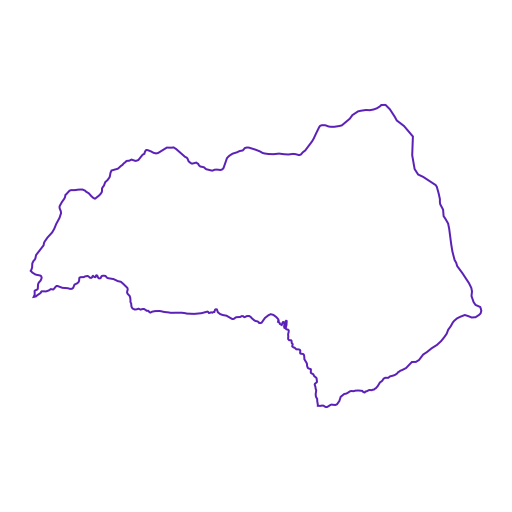 San Pablo, Nariño, Colombia
{"feature_id": "7082276B83182105185370", "entity_name": "San Pablo", "entity_type": "district", "adm_level": 2, "iso_a3": "COL", "parent_name": "Colombia", "parent_adm1": "Nariño", "projection": "robinson", "projection_center": [-77.0, 1.679], "detail": "fine", "context": "isolated", "style": "outline", "palette": "violet", "viewbox_px": 512, "rotation_deg": 0, "n_neighbors": 0, "source": "geoboundaries", "source_scale": "gbopen_adm2", "svg_char_len": 6025}
<svg xmlns="http://www.w3.org/2000/svg" viewBox="0 0 512 512"><path d="M145.7,150.5L144.8,152.1L144.4,153.8L143.3,154.3L142.3,155.1L138.4,160.0L136.6,160.7L135.4,160.9L131.5,159.6L129.3,160.7L126.8,160.9L126.0,161.4L125.7,161.9L123.6,163.5L122.4,165.0L121.2,165.7L117.9,168.7L111.5,170.5L110.5,172.8L109.8,176.6L109.2,177.8L107.5,180.1L105.2,182.2L104.0,185.5L102.5,187.5L102.0,188.6L102.0,191.0L101.7,192.3L100.6,193.9L99.2,195.4L95.2,198.6L94.6,198.6L92.9,197.6L91.1,195.9L88.8,193.3L86.1,191.7L85.0,190.6L82.4,189.5L78.5,189.6L75.1,190.1L71.2,190.1L69.5,190.7L66.3,194.2L65.5,194.8L64.9,197.5L64.2,198.8L62.0,201.9L59.8,205.8L59.5,207.0L59.7,208.5L60.7,210.9L61.0,212.5L61.0,213.3L59.5,217.9L56.3,223.8L54.2,228.9L52.1,232.5L47.6,237.4L44.7,241.5L44.0,243.0L43.6,245.3L36.1,255.0L35.3,258.6L34.8,259.5L33.4,261.1L32.3,263.4L32.1,267.5L31.4,269.7L30.7,270.9L32.4,272.6L35.1,274.3L36.1,274.7L40.1,275.5L40.8,275.8L41.3,276.6L41.6,277.4L41.5,278.5L40.6,280.6L39.2,282.1L38.4,283.3L38.0,284.8L37.8,288.8L36.8,289.8L35.3,290.3L34.6,291.1L34.7,294.6L33.7,296.9L35.8,296.5L37.2,295.3L40.0,293.4L40.9,292.6L41.2,291.7L41.8,291.3L46.1,291.4L48.9,290.4L50.8,289.1L53.1,289.5L54.2,288.6L55.4,287.0L56.5,286.0L57.5,286.0L62.3,287.8L67.7,288.2L70.2,288.9L71.9,288.8L73.2,287.8L74.5,284.6L77.4,283.2L78.6,282.0L79.1,280.7L79.3,278.2L79.5,277.7L80.5,277.2L83.8,277.1L85.1,276.4L87.6,276.0L88.6,276.5L90.1,277.8L91.1,277.9L92.1,277.3L92.7,276.0L93.0,275.9L94.4,277.0L95.2,277.2L95.5,277.0L96.1,275.5L96.7,275.3L97.3,275.7L97.9,277.3L98.7,278.2L99.2,278.4L100.1,278.3L100.8,277.9L101.2,276.8L101.7,276.1L102.7,275.8L103.9,275.7L105.5,276.0L106.8,277.5L107.7,278.1L113.6,279.1L118.0,281.2L120.2,281.6L121.0,281.9L123.0,283.6L127.1,287.6L127.5,288.2L127.7,289.8L127.2,291.2L127.1,292.7L127.7,293.9L129.6,295.9L130.2,297.6L130.5,300.3L130.4,301.8L131.2,303.7L131.4,306.4L132.0,307.7L132.9,308.7L134.7,309.5L136.3,309.4L138.6,308.7L140.5,309.6L142.7,309.0L144.0,309.0L145.4,309.8L146.7,310.8L148.3,310.8L149.5,312.2L150.2,312.5L150.6,312.5L152.1,311.7L155.1,311.1L159.3,311.0L160.9,311.2L164.4,312.0L168.4,312.4L170.5,312.8L181.5,312.7L184.8,313.1L186.9,313.6L194.3,313.9L201.4,313.2L207.4,311.6L208.1,311.9L208.9,313.0L209.7,312.9L211.1,312.3L212.4,312.7L213.5,312.0L214.3,312.0L215.1,309.7L215.5,309.4L216.3,309.3L216.8,309.4L217.0,309.8L217.9,312.3L220.2,314.1L222.7,315.0L226.5,315.7L232.2,319.0L233.8,318.9L235.6,317.5L236.4,317.2L240.1,317.0L241.8,316.1L243.1,316.2L244.2,317.1L244.6,317.1L245.5,316.8L246.7,316.1L249.1,316.0L250.5,316.8L252.0,318.4L254.1,320.2L255.5,321.0L257.5,321.4L258.6,322.1L259.0,322.9L260.2,323.1L261.6,322.7L265.0,317.9L268.5,315.2L270.7,314.2L273.4,314.9L276.2,317.0L277.8,318.7L278.4,319.6L278.1,321.4L278.7,321.2L278.8,322.3L279.7,323.1L279.8,323.9L281.7,325.0L282.5,322.8L282.9,322.1L283.3,322.0L283.8,322.6L284.4,323.7L284.1,326.9L284.5,327.9L284.9,327.8L285.3,326.5L285.3,323.0L285.5,321.4L286.1,320.8L286.7,321.1L286.5,324.7L285.7,328.3L285.8,328.7L286.4,329.3L287.9,329.6L288.7,330.4L288.7,331.6L288.1,334.4L288.3,336.4L288.1,338.2L288.3,339.3L289.2,340.2L291.1,340.3L291.5,340.8L291.8,343.2L292.6,344.0L292.7,344.4L292.2,346.2L292.4,346.6L293.7,347.5L294.5,347.6L296.3,349.3L298.8,349.4L299.8,349.8L300.3,350.6L300.1,353.0L300.5,353.6L303.0,354.0L303.8,354.6L304.2,356.0L304.4,359.3L306.6,362.9L307.0,364.1L307.1,366.0L307.8,367.9L308.7,368.5L310.7,369.1L310.9,369.5L310.8,372.5L311.0,373.0L313.3,374.3L314.2,376.1L316.3,377.8L316.6,378.5L317.0,381.8L316.7,382.3L314.9,383.8L314.7,384.6L315.4,386.8L315.7,389.0L316.1,390.0L316.2,390.6L315.7,393.9L315.8,396.0L316.2,397.3L317.1,398.7L317.3,401.7L317.8,404.4L317.8,405.8L320.5,405.9L321.8,405.6L323.0,405.6L323.5,405.7L325.2,406.8L326.1,407.1L327.3,406.9L330.4,405.0L331.3,404.6L335.3,405.0L337.0,404.3L339.3,401.1L340.7,396.8L344.2,394.0L346.2,393.6L347.5,393.0L349.8,391.4L351.3,391.0L353.4,391.2L355.7,390.6L358.6,390.5L362.3,390.9L363.1,391.9L364.5,392.5L364.8,392.4L365.5,391.5L366.4,391.4L369.3,390.0L371.7,390.2L372.8,389.7L373.9,389.6L375.1,388.6L375.9,388.2L377.8,386.0L379.9,382.5L382.1,380.9L383.7,378.6L385.2,377.8L388.3,377.8L390.0,376.4L393.5,375.5L395.2,374.8L397.1,373.5L398.2,372.1L399.1,371.7L400.2,370.8L402.2,370.0L406.0,368.1L411.9,362.0L415.9,361.9L419.0,360.0L423.2,354.5L426.9,352.1L431.6,348.3L437.0,344.9L441.1,341.1L444.1,337.4L446.7,333.7L448.2,329.7L450.7,326.3L452.8,322.5L454.2,320.8L457.0,318.4L460.2,316.8L464.8,315.0L468.3,316.1L471.7,317.5L475.6,317.2L479.2,314.8L480.6,313.4L481.3,310.8L480.8,308.6L480.2,307.0L475.5,304.9L473.6,302.1L471.5,296.0L472.0,291.4L471.3,287.9L469.0,283.2L462.5,273.3L457.2,266.1L456.2,262.8L454.6,260.0L452.4,251.5L451.2,244.2L449.2,228.9L448.1,223.5L445.4,218.8L443.6,216.1L443.1,209.7L440.2,204.2L439.9,202.1L439.9,199.1L438.7,193.6L436.8,186.8L435.7,185.1L423.2,176.9L418.1,174.5L414.6,169.0L412.2,155.2L412.9,136.5L404.0,126.0L396.8,120.5L394.7,116.7L389.9,109.3L385.5,104.9L381.3,105.0L380.3,106.1L376.9,108.3L373.5,109.5L369.8,110.2L365.9,110.0L360.5,110.8L358.0,111.4L352.4,115.1L349.8,118.7L341.8,125.4L339.3,126.0L334.3,126.8L331.0,126.8L328.6,126.5L325.5,125.3L323.9,125.2L322.0,125.2L320.4,125.7L319.8,126.2L319.1,127.3L316.0,133.6L313.8,138.4L312.1,141.3L305.2,150.5L302.8,152.3L301.0,154.4L299.9,154.9L299.0,155.1L295.3,154.1L293.0,153.9L288.3,154.5L283.8,154.2L279.1,153.6L273.3,154.2L268.3,154.0L264.8,153.5L262.7,153.0L259.9,151.4L255.6,149.7L248.9,147.6L246.8,147.5L244.8,148.1L243.1,150.1L242.6,150.5L239.7,151.0L237.0,152.3L232.5,153.7L229.4,155.7L227.3,157.7L226.8,158.6L223.5,168.1L222.3,169.4L220.5,170.0L217.0,169.6L214.7,169.7L212.5,170.6L211.8,170.6L206.2,169.2L205.5,168.8L204.3,167.5L203.3,167.1L200.3,166.5L199.0,165.4L198.6,164.7L198.2,163.8L197.3,163.4L196.3,162.6L192.3,163.6L191.5,163.5L190.5,162.9L188.6,161.3L187.5,158.6L186.8,157.7L185.1,156.9L176.1,149.0L173.7,147.5L173.1,147.4L172.0,147.7L166.8,147.6L158.4,152.8L157.4,153.2L156.0,153.4L153.5,152.8L151.0,151.4L147.6,150.1L146.3,150.0L145.7,150.5Z" fill="none" stroke="#5b21b6" stroke-width="2"/></svg>